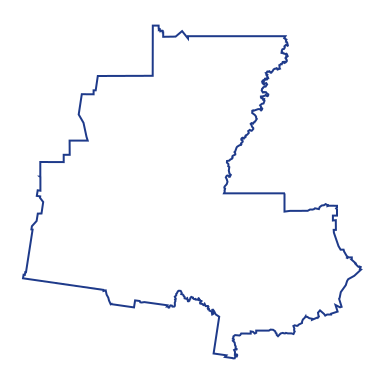 outline of Greater Bendigo, Victoria, Australia
{"feature_id": "25037944B4073485904680", "entity_name": "Greater Bendigo", "entity_type": "district", "adm_level": 2, "iso_a3": "AUS", "parent_name": "Australia", "parent_adm1": "Victoria", "projection": "robinson", "projection_center": [144.51, -36.723], "detail": "fine", "context": "isolated", "style": "outline", "palette": "blue", "viewbox_px": 384, "rotation_deg": 0, "n_neighbors": 0, "source": "geoboundaries", "source_scale": "gbopen_adm2", "svg_char_len": 5955}
<svg xmlns="http://www.w3.org/2000/svg" viewBox="0 0 384 384"><path d="M152.8,25.6L152.7,75.8L97.8,76.0L95.7,90.3L93.6,90.3L93.6,94.3L81.8,94.2L78.7,114.5L83.5,122.8L86.5,136.8L87.7,140.6L69.6,140.6L69.7,154.8L63.7,154.8L63.7,162.1L40.3,162.0L40.3,176.6L39.9,176.6L40.4,177.0L40.4,190.7L37.7,190.3L36.8,195.9L40.2,196.4L40.0,197.8L43.2,202.0L41.5,213.5L37.8,213.6L36.6,221.0L31.9,226.2L31.4,229.4L32.6,229.6L26.0,272.2L25.3,272.1L24.8,274.9L23.6,274.7L23.0,278.3L103.5,289.9L103.5,291.0L105.7,290.4L106.6,294.6L108.3,297.7L109.0,300.5L110.7,304.3L111.6,303.9L111.7,304.2L134.0,307.4L135.1,300.4L139.7,301.0L140.3,302.3L141.6,302.5L144.4,302.1L167.5,305.3L166.9,306.5L167.7,306.4L168.5,307.6L169.3,307.5L169.5,306.7L170.4,305.4L171.9,305.6L172.4,306.6L174.2,306.6L174.6,306.3L174.9,305.3L174.8,302.5L175.5,300.9L175.0,299.6L175.8,298.9L174.8,296.7L176.2,295.4L176.2,294.0L176.7,293.6L177.9,291.3L178.9,290.7L180.7,290.9L181.7,292.8L181.3,294.1L182.6,294.4L183.6,295.4L183.7,296.1L184.6,296.9L184.6,298.3L186.3,298.8L187.2,298.2L187.9,301.2L188.7,301.3L189.5,300.6L189.4,299.8L190.4,298.7L190.4,297.9L191.3,296.9L193.0,297.6L193.0,298.3L193.7,298.9L194.4,299.2L195.4,298.9L196.0,299.7L197.0,299.5L197.9,299.8L198.6,298.3L199.0,298.5L199.4,300.1L200.0,300.0L200.5,300.9L201.5,301.0L201.5,301.3L200.2,302.3L200.0,303.0L200.3,303.6L202.4,304.0L202.9,304.7L203.7,305.1L204.6,303.8L205.7,306.1L207.8,306.0L207.8,306.5L208.4,306.9L207.8,308.1L208.7,308.7L208.4,309.3L209.1,309.4L209.4,310.6L212.0,311.7L211.9,312.9L212.2,314.5L213.0,314.1L214.2,312.4L212.5,310.2L212.4,309.8L213.0,309.7L214.1,311.2L215.7,314.4L219.2,316.7L213.6,353.5L226.4,355.3L225.0,357.0L232.7,358.1L233.1,358.4L234.7,358.3L235.2,356.6L236.8,356.5L237.2,355.3L237.1,354.7L236.7,354.4L234.9,354.7L235.0,351.8L234.1,350.0L235.3,349.4L236.5,349.5L236.7,349.1L235.6,348.2L235.7,346.3L235.1,345.5L234.6,342.5L232.9,340.8L233.9,339.8L233.8,339.3L232.8,338.7L233.4,337.4L233.4,336.4L235.1,335.1L239.5,335.5L240.2,335.1L241.2,333.5L250.7,333.6L250.7,331.4L253.0,331.8L254.8,333.5L256.2,332.8L256.2,330.6L268.9,330.6L270.6,329.6L273.1,329.8L275.2,331.3L275.7,332.9L276.5,333.4L276.7,334.9L278.0,336.2L280.6,333.5L282.8,332.9L284.2,333.4L285.4,333.3L285.9,332.9L287.8,333.4L291.5,333.4L293.5,334.0L294.7,331.4L294.2,330.9L294.1,329.5L294.4,328.7L293.4,326.0L294.7,325.3L296.5,325.8L297.6,325.8L298.6,324.7L302.0,323.0L302.1,321.5L302.9,319.5L304.6,317.9L305.7,316.2L305.9,316.9L307.3,316.9L309.3,318.2L312.3,318.8L312.1,319.8L317.5,317.5L317.8,317.8L318.9,316.5L318.4,315.3L318.0,312.7L320.0,310.4L324.1,314.0L325.2,315.6L327.2,314.5L331.1,314.5L331.1,313.7L337.6,311.6L335.5,305.0L340.0,307.3L341.6,306.8L339.1,298.8L339.6,298.0L340.8,292.1L345.8,285.1L347.1,281.0L348.2,279.2L354.3,275.8L361.0,269.6L359.9,269.2L360.7,267.0L359.4,266.5L359.0,267.0L358.1,266.6L355.3,263.7L355.7,263.3L351.4,259.5L351.8,259.3L351.8,257.4L347.9,257.4L347.4,258.0L347.0,257.8L347.8,256.8L346.7,256.0L344.1,251.5L343.6,249.7L340.6,249.7L338.5,246.1L333.9,232.7L333.7,229.9L335.9,229.9L335.8,220.2L332.9,220.5L332.9,215.6L337.0,215.6L337.0,209.4L336.1,208.4L337.0,207.6L337.0,205.8L329.0,205.7L327.5,206.1L327.7,205.0L327.1,205.0L325.6,204.1L324.0,205.2L321.8,205.5L320.8,206.2L319.6,207.2L318.9,209.1L315.0,208.3L313.9,209.2L312.4,209.6L310.1,209.5L307.7,210.8L289.8,210.9L284.5,211.6L284.5,193.5L284.9,193.3L224.0,193.3L224.7,191.7L224.5,190.2L224.8,190.0L225.1,188.6L224.3,187.8L224.6,186.5L226.7,184.2L227.5,181.8L226.8,179.4L225.8,177.4L226.7,175.8L227.3,175.5L229.4,176.1L229.3,176.8L229.8,176.8L230.8,174.9L229.5,173.7L228.8,170.6L229.3,167.1L228.2,166.2L228.5,165.2L228.3,163.9L226.9,162.6L227.0,161.0L229.3,160.6L230.3,159.5L231.9,158.8L232.6,157.8L232.2,157.2L232.6,155.9L235.3,154.5L235.2,153.1L234.5,152.1L235.2,151.4L236.6,147.5L237.2,146.7L239.6,145.2L241.1,144.9L241.4,144.2L241.0,143.4L242.7,141.7L242.5,140.6L241.3,139.8L241.4,138.7L241.9,138.1L242.5,137.8L243.2,138.5L243.9,138.5L244.1,137.7L245.2,137.4L245.7,136.8L245.3,136.2L245.7,135.4L247.2,134.7L248.8,132.9L248.2,131.1L249.8,129.9L251.2,130.8L251.9,130.6L253.3,128.9L253.2,127.9L252.1,126.8L251.4,124.9L250.7,123.9L251.5,123.1L253.1,123.6L253.6,122.5L254.5,122.3L254.6,121.7L255.4,121.1L256.8,118.9L256.1,117.9L256.1,116.7L255.8,116.2L254.8,114.9L252.2,113.0L252.3,110.7L253.2,110.3L253.7,110.7L258.2,109.1L260.0,109.2L261.1,110.4L261.8,109.8L262.3,108.7L262.1,108.3L260.9,108.0L261.1,106.9L260.1,105.3L261.9,103.8L263.5,103.5L264.5,100.8L264.1,100.4L264.2,99.2L263.1,99.6L262.8,98.4L261.4,98.2L260.9,97.2L260.9,96.5L263.0,96.3L265.1,95.6L265.7,95.0L266.3,95.7L267.3,96.2L268.1,95.7L268.3,94.4L266.3,92.9L266.1,92.3L264.8,92.0L264.0,92.5L263.5,92.1L262.8,92.4L261.7,90.5L262.1,88.7L262.8,88.3L263.0,87.6L264.8,86.4L265.6,86.6L267.1,84.4L266.2,83.1L265.5,83.4L264.2,83.3L264.2,84.3L263.7,84.4L262.6,83.1L263.4,82.0L262.6,82.2L262.1,81.8L262.7,80.6L264.9,79.3L265.0,78.7L265.6,78.6L266.1,79.6L267.1,79.4L267.4,78.5L268.2,78.3L267.9,77.4L267.3,77.1L267.4,76.4L266.9,75.8L267.3,74.8L266.3,74.6L266.4,73.6L265.9,73.0L266.8,72.6L267.2,71.6L268.1,71.4L268.7,71.8L269.5,71.3L270.6,72.7L271.3,72.7L271.6,71.9L272.3,71.6L273.6,69.4L275.1,68.6L276.0,68.7L276.5,68.2L277.3,68.6L277.6,69.5L279.9,68.7L279.4,67.9L279.6,66.9L279.3,65.2L280.2,64.8L280.7,64.1L281.7,64.3L282.7,62.0L283.4,61.9L284.3,63.0L285.2,62.6L285.0,61.8L286.3,61.8L286.8,61.1L286.8,60.1L286.2,59.5L286.1,58.5L285.5,58.0L286.1,57.3L286.2,56.4L287.1,56.7L287.7,56.2L286.9,54.2L286.4,53.7L285.4,54.1L284.0,53.4L283.4,53.5L282.6,52.5L281.9,53.0L281.5,52.9L281.9,50.3L282.5,49.2L283.9,49.0L284.5,48.2L284.8,47.2L284.4,46.8L284.4,46.3L286.0,44.8L287.6,45.8L287.9,45.5L287.1,42.4L286.0,41.8L286.3,41.2L285.5,39.3L285.8,39.2L284.2,38.2L285.4,36.2L188.0,36.2L188.0,38.5L182.1,31.1L175.6,36.6L163.2,36.8L163.2,32.4L162.7,32.4L162.7,30.8L161.9,30.6L160.3,31.3L160.0,30.1L158.9,30.2L159.0,29.6L159.7,29.2L159.7,28.9L158.7,28.7L158.6,25.6L152.8,25.6Z" fill="none" stroke="#1e3a8a" stroke-width="2"/></svg>